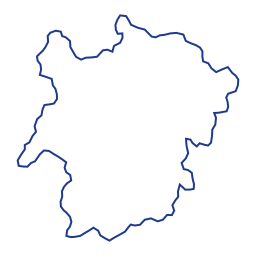 Pedra do Anta, Minas Gerais, Brazil
{"feature_id": "56859067B84251367202805", "entity_name": "Pedra do Anta", "entity_type": "district", "adm_level": 2, "iso_a3": "BRA", "parent_name": "Brazil", "parent_adm1": "Minas Gerais", "projection": "natural_earth1", "projection_center": [-42.727, -20.595], "detail": "fine", "context": "isolated", "style": "outline", "palette": "blue", "viewbox_px": 256, "rotation_deg": 0, "n_neighbors": 0, "source": "geoboundaries", "source_scale": "gbopen_adm2", "svg_char_len": 2108}
<svg xmlns="http://www.w3.org/2000/svg" viewBox="0 0 256 256"><path d="M24.8,145.0L24.8,149.5L21.4,154.2L17.7,160.3L18.7,165.8L22.8,166.5L27.4,166.7L31.0,163.0L35.0,161.3L37.4,157.9L39.9,154.3L43.9,150.5L48.9,150.9L53.2,153.7L57.8,156.4L62.0,159.2L66.2,162.3L64.6,167.7L66.2,172.2L70.2,175.0L71.2,180.4L66.8,183.5L63.9,187.0L62.0,191.2L62.2,196.7L60.6,201.6L60.9,206.6L63.6,210.2L66.8,213.0L70.0,216.8L71.4,221.8L70.0,226.5L67.1,230.4L66.4,235.9L70.6,237.1L74.3,236.9L80.2,235.9L85.5,232.6L89.3,230.4L93.4,227.7L98.2,230.7L100.4,235.5L105.4,238.5L109.5,240.6L113.6,238.0L119.3,234.9L125.1,231.6L128.1,227.6L130.7,224.6L134.7,225.5L140.0,224.8L144.8,219.7L151.0,218.4L157.7,221.3L162.9,219.7L167.1,214.9L171.9,215.1L174.2,210.7L172.4,205.2L175.2,200.5L178.2,196.8L178.0,191.3L179.8,184.6L185.2,189.6L189.9,189.6L193.7,188.9L194.0,184.2L192.6,178.7L191.8,172.8L188.0,170.0L183.8,169.1L181.6,163.0L185.8,158.4L188.2,153.2L186.6,146.2L186.0,138.8L190.4,139.6L192.6,143.1L196.8,146.4L199.6,143.3L204.5,144.8L208.1,145.5L211.0,142.7L212.0,136.0L212.3,129.6L215.3,124.6L216.0,117.8L214.2,113.0L219.0,112.7L223.0,111.9L226.6,111.3L228.2,107.0L227.6,101.8L226.2,97.5L228.2,93.7L235.7,91.2L237.9,85.3L238.3,79.6L235.8,75.8L232.2,72.9L227.8,67.1L222.1,69.4L216.2,72.1L211.4,68.3L208.3,63.3L203.1,61.3L202.4,56.7L202.4,51.2L200.0,47.6L196.0,45.2L190.7,43.2L185.8,40.9L183.4,34.6L176.5,32.9L170.3,33.4L164.7,34.8L159.6,35.4L155.8,37.3L151.7,36.6L148.5,33.4L144.8,29.6L137.7,27.7L131.1,24.8L128.7,20.3L126.1,16.1L120.1,15.4L117.3,19.9L115.4,25.0L115.9,29.8L117.8,33.8L122.3,33.4L122.5,37.8L120.1,42.8L114.0,45.9L112.4,51.7L107.4,49.7L103.0,50.3L100.1,53.4L97.1,56.7L92.1,57.4L85.9,57.7L81.1,59.6L76.1,56.9L72.9,51.5L70.4,47.1L70.0,41.1L65.8,37.3L62.2,36.1L60.8,31.7L55.9,30.7L50.3,32.7L47.7,36.0L48.1,41.9L45.3,47.3L42.9,50.6L40.0,53.4L37.0,56.3L37.6,60.7L40.5,64.5L41.1,69.7L39.8,74.9L44.9,76.5L51.7,78.9L52.9,85.5L55.5,89.0L56.9,94.5L57.0,99.0L54.0,103.5L49.4,104.4L44.5,105.0L42.5,109.6L41.5,115.3L37.1,119.2L34.6,126.3L36.0,131.8L32.6,135.9L29.4,142.4L24.8,145.0Z" fill="none" stroke="#1e3a8a" stroke-width="2"/></svg>